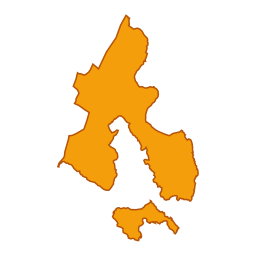 Hahake, Vava'u, Tonga (Robinson projection)
{"feature_id": "48082658B99932543232342", "entity_name": "Hahake", "entity_type": "district", "adm_level": 2, "iso_a3": "TON", "parent_name": "Tonga", "parent_adm1": "Vava'u", "projection": "robinson", "projection_center": [-173.925, -18.614], "detail": "fine", "context": "isolated", "style": "filled", "palette": "amber", "viewbox_px": 256, "rotation_deg": 0, "n_neighbors": 0, "source": "geoboundaries", "source_scale": "gbopen_adm2", "svg_char_len": 5998}
<svg xmlns="http://www.w3.org/2000/svg" viewBox="0 0 256 256"><path d="M58.9,166.9L58.9,165.7L59.8,163.8L61.7,162.7L62.1,161.7L64.1,161.5L66.2,163.2L67.8,163.0L68.6,164.0L71.5,164.8L72.8,166.5L73.9,168.4L77.1,171.3L78.5,171.4L79.6,171.2L79.9,173.1L80.9,174.6L82.0,174.9L82.9,176.3L86.7,177.8L87.0,179.4L90.0,181.2L94.8,182.4L95.9,183.6L96.8,184.1L98.0,185.5L99.8,186.0L103.4,189.1L105.8,190.1L109.0,190.2L111.1,187.7L113.5,183.9L113.5,182.5L114.7,177.9L116.3,176.6L116.9,175.0L116.8,173.7L115.9,172.8L116.0,169.7L115.1,169.6L114.5,164.0L113.4,162.3L113.6,160.6L116.5,159.5L117.8,157.2L117.3,153.3L116.0,151.9L115.2,149.7L114.0,148.6L111.5,147.3L109.5,145.8L108.8,144.7L110.5,143.4L110.4,142.3L111.3,141.8L113.2,138.7L113.7,136.2L116.0,134.9L117.4,132.7L118.2,130.4L116.7,130.1L114.7,131.8L112.0,132.8L111.4,131.8L110.7,131.4L109.3,128.8L108.2,125.7L108.9,124.8L109.3,123.8L110.0,124.0L111.1,123.0L111.6,121.9L112.3,122.2L114.4,118.9L115.2,119.1L115.7,118.8L116.9,117.5L117.6,117.4L118.1,116.4L119.8,115.8L120.4,116.1L121.0,115.9L123.7,117.7L124.0,118.7L124.8,119.1L125.3,120.3L127.1,122.3L129.9,123.5L128.6,125.4L128.7,127.3L129.4,128.5L130.7,132.0L131.7,132.5L132.9,134.9L135.1,136.0L135.9,137.3L137.1,138.1L137.5,139.0L137.8,140.7L138.8,140.7L139.9,142.8L141.5,146.3L140.9,148.1L141.1,149.9L142.3,150.3L145.0,148.9L146.0,147.4L147.2,149.8L146.7,152.0L147.0,153.8L148.1,155.5L149.0,160.0L146.9,159.9L145.3,159.4L144.4,159.8L143.9,160.5L145.4,164.0L146.5,164.3L147.2,163.7L147.9,163.7L149.8,165.9L149.4,167.3L149.7,168.6L151.0,169.3L151.1,170.1L154.5,172.8L153.9,175.3L154.3,175.4L155.2,176.8L155.0,177.5L153.2,179.8L153.3,180.9L154.1,182.2L155.3,182.4L156.6,183.0L156.9,184.3L157.5,184.3L157.7,186.7L158.0,187.1L159.8,186.0L160.3,187.2L161.9,188.0L161.3,191.6L160.5,192.3L160.1,194.0L160.6,195.8L161.2,196.8L162.0,196.6L163.9,197.9L164.4,199.5L166.6,200.1L167.1,199.4L168.2,199.6L169.4,199.1L169.6,198.3L171.0,197.0L172.3,196.3L174.8,195.6L177.1,196.0L177.3,197.3L176.7,198.0L176.6,198.8L177.5,200.1L178.1,200.5L179.1,199.6L179.3,198.5L180.1,198.1L181.9,198.9L182.8,198.6L183.9,199.6L186.8,199.4L187.2,199.9L188.9,199.9L189.6,201.0L190.7,200.9L191.5,199.7L191.9,198.5L191.7,196.5L192.7,196.3L194.3,191.5L194.2,190.8L193.9,190.4L194.0,189.6L194.5,189.3L195.0,185.0L195.5,183.4L194.5,182.1L194.3,181.1L194.5,179.3L195.0,179.1L194.9,178.6L195.2,178.0L195.8,177.5L196.1,176.8L195.9,176.3L196.5,175.9L197.0,176.0L197.7,175.4L198.1,173.8L197.8,170.1L197.4,169.3L196.9,169.4L196.5,167.3L196.6,166.1L195.5,165.2L195.3,163.7L194.6,163.1L195.0,161.6L194.0,160.8L193.9,159.4L194.3,159.5L194.1,158.8L193.4,158.2L192.8,156.8L192.9,155.8L193.4,155.3L192.3,152.9L193.0,153.0L193.1,152.1L192.5,150.0L192.6,147.8L192.1,143.6L191.2,140.8L190.7,139.9L189.6,139.2L188.4,139.0L187.6,140.1L186.4,139.2L185.0,137.0L184.7,135.6L185.4,134.9L184.4,134.0L184.1,133.0L183.2,132.2L182.4,132.0L182.6,131.0L181.7,130.3L179.5,132.0L172.8,133.5L169.4,135.7L164.8,134.2L158.6,131.6L155.6,129.9L151.4,126.5L150.8,125.0L147.0,122.2L146.2,122.3L145.5,120.2L145.7,117.0L145.6,114.8L146.9,110.1L148.0,107.9L151.2,105.3L152.4,103.3L154.1,102.2L155.0,101.1L155.8,99.0L157.2,97.9L158.0,96.5L158.4,94.0L158.1,92.9L158.1,91.6L157.6,90.3L156.2,88.7L155.2,88.4L154.4,87.1L153.6,86.8L153.3,87.5L149.9,86.7L148.7,87.5L145.7,88.1L144.1,87.7L142.5,86.8L141.3,86.6L139.9,87.1L138.8,86.2L137.6,84.4L137.0,82.9L135.4,81.0L134.4,77.1L134.7,75.1L136.0,72.8L136.5,71.4L137.2,70.5L138.4,69.7L141.2,65.5L143.4,64.0L143.8,61.3L145.5,61.3L145.0,60.0L146.1,57.7L147.3,53.5L145.8,52.6L147.1,48.1L146.5,46.5L147.8,45.1L148.0,43.0L147.4,41.6L147.7,40.1L147.4,38.6L146.5,37.3L144.9,36.0L143.7,34.3L142.1,31.3L139.8,29.1L137.4,28.2L133.7,29.1L128.6,25.6L129.3,24.5L128.9,20.4L129.5,18.1L128.1,17.9L127.9,16.8L126.0,15.4L120.6,25.2L116.1,37.7L106.5,51.9L98.5,68.8L92.9,64.1L90.2,70.1L88.7,72.1L86.3,74.1L84.3,75.1L80.8,73.8L78.6,73.6L77.5,72.8L76.0,79.2L73.3,86.3L77.5,89.8L78.8,92.7L78.8,93.6L76.1,98.6L76.0,100.9L74.5,103.5L78.8,105.4L85.3,110.1L89.2,112.5L87.0,120.2L84.0,129.1L76.4,133.5L72.3,135.4L69.0,135.8L68.4,139.5L64.9,151.7L64.5,155.5L63.9,157.5L59.0,163.2L57.9,166.7L58.9,166.9ZM169.4,218.4L167.9,217.8L167.7,216.8L166.9,216.5L165.6,216.8L164.8,216.1L164.7,214.7L164.2,213.9L164.5,213.5L164.3,212.8L162.6,212.5L162.4,211.7L161.2,211.7L160.2,212.1L159.3,211.0L159.0,211.2L157.4,209.5L156.7,209.1L156.4,208.6L156.1,207.1L155.6,206.4L154.3,205.7L153.8,204.2L151.6,202.7L151.6,201.8L151.0,200.9L150.5,200.7L150.8,201.4L150.3,202.2L148.0,203.9L145.5,205.1L144.8,205.8L144.4,206.8L142.5,208.1L142.1,208.8L136.0,209.7L130.8,209.6L127.8,207.7L125.9,208.5L124.7,207.9L123.2,208.0L120.7,208.7L118.8,207.7L117.5,208.0L116.1,208.8L116.1,209.8L115.2,210.2L114.5,211.1L114.1,212.1L114.2,212.8L113.9,212.7L113.8,212.1L114.1,211.5L113.7,211.5L113.2,212.9L113.6,214.0L113.3,215.2L112.6,216.4L113.4,218.2L115.2,219.5L117.3,222.1L117.8,223.5L117.1,224.5L117.3,226.1L121.1,227.3L123.1,228.6L122.9,230.3L123.3,232.5L126.8,234.2L128.0,235.6L127.9,236.6L128.7,237.4L128.5,238.1L130.9,238.9L132.5,238.3L134.5,238.8L134.8,239.7L137.9,240.6L138.6,240.5L139.0,239.5L138.7,238.8L139.4,237.4L140.1,236.9L140.8,237.9L141.2,237.5L141.6,236.0L140.8,235.4L141.2,234.2L140.2,232.1L139.2,231.7L138.6,230.6L138.7,227.9L139.4,226.0L141.0,225.6L143.0,224.0L143.4,222.8L142.5,220.9L142.8,218.6L143.7,218.3L145.4,218.2L147.0,219.6L146.8,221.3L149.5,223.2L150.2,223.1L150.2,222.3L153.5,221.8L154.1,222.3L153.7,222.6L155.1,223.1L154.7,222.5L155.1,221.9L155.7,221.7L156.7,221.9L157.4,222.7L159.7,223.8L160.6,222.6L162.7,222.0L163.1,221.1L166.5,220.8L167.1,221.9L167.5,222.0L167.3,222.9L167.5,223.1L167.5,223.7L167.1,224.0L167.8,225.3L168.7,226.4L169.5,228.5L172.6,230.2L174.0,232.0L174.2,233.1L175.2,233.8L176.2,232.6L177.2,230.6L176.9,230.4L177.7,229.0L178.4,228.7L178.4,228.2L178.8,228.0L178.8,227.7L177.9,227.1L176.5,225.4L175.8,225.1L172.3,220.0L171.7,220.3L171.3,219.6L171.9,218.7L171.3,218.0L170.5,217.4L170.2,218.0L169.4,218.4Z" fill="#f59e0b" stroke="#b45309" stroke-width="1.5"/></svg>